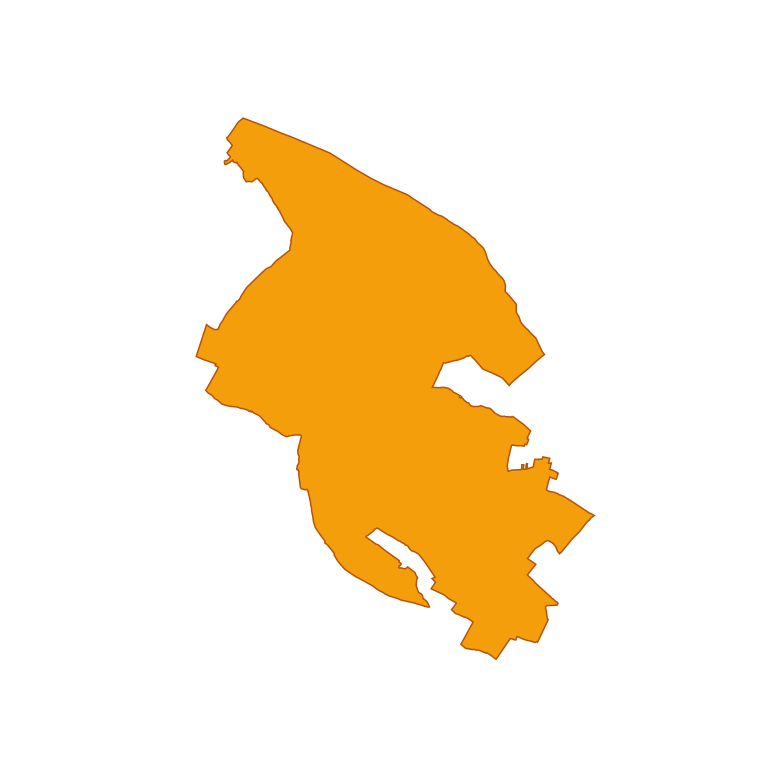 outline of Dolhesti, Iasi, Romania, rotated 329°
{"feature_id": "2599482B27646337618827", "entity_name": "Dolhesti", "entity_type": "district", "adm_level": 2, "iso_a3": "ROU", "parent_name": "Romania", "parent_adm1": "Iasi", "projection": "albers", "projection_center": [27.913, 46.869], "detail": "fine", "context": "isolated", "style": "filled", "palette": "amber", "viewbox_px": 768, "rotation_deg": 329, "n_neighbors": 0, "source": "geoboundaries", "source_scale": "gbopen_adm2", "svg_char_len": 6160}
<svg xmlns="http://www.w3.org/2000/svg" viewBox="0 0 768 768"><g transform="rotate(329 384 384)"><path d="M400.2,83.6L395.2,84.2L393.2,84.8L380.8,90.5L377.8,91.7L376.0,91.9L375.6,93.9L376.6,98.1L376.5,99.5L376.9,101.3L376.2,101.5L375.5,102.2L375.0,102.2L374.8,102.6L374.2,102.4L373.9,102.8L368.6,104.9L368.8,107.6L369.4,109.5L369.1,110.3L367.3,111.1L366.4,111.1L364.6,111.8L364.2,111.8L363.3,110.8L362.1,110.8L361.4,111.5L361.3,112.4L360.9,112.9L360.7,113.9L361.4,114.4L365.3,114.7L369.7,114.1L369.7,114.4L369.2,114.9L369.6,116.6L371.0,118.1L372.0,118.2L371.7,118.6L372.0,119.8L371.9,120.7L372.6,125.0L373.0,129.7L371.7,131.1L369.9,134.7L370.0,139.5L370.1,139.8L371.9,140.4L375.0,142.7L379.5,142.2L381.4,142.4L382.3,147.4L382.7,148.2L382.7,148.8L383.1,149.3L382.8,150.6L383.1,151.7L382.8,152.1L383.1,155.4L382.9,157.3L383.6,159.7L383.3,164.6L383.5,166.0L383.3,166.7L383.7,167.6L383.0,169.0L383.0,170.2L383.2,170.9L382.9,171.7L383.2,172.7L383.1,173.7L383.4,175.7L383.4,177.8L383.7,177.9L383.8,178.4L383.3,178.8L383.4,181.7L383.7,182.0L383.3,183.6L383.0,189.8L382.5,192.2L382.7,192.6L382.5,193.0L382.6,194.5L383.1,197.1L383.0,198.1L383.6,201.4L383.7,204.9L383.5,205.7L383.7,206.5L383.4,207.7L379.6,211.4L379.0,212.1L378.8,212.7L378.1,213.0L377.6,214.4L373.3,219.0L372.6,220.7L354.4,223.0L347.6,225.1L342.8,224.6L337.9,225.4L316.1,230.5L306.9,235.0L304.2,236.7L301.3,237.7L300.9,237.7L300.4,237.1L298.5,238.2L288.9,241.3L283.9,243.4L278.3,246.6L274.3,248.4L270.1,251.6L268.0,250.8L266.6,249.9L264.2,246.0L262.5,241.7L237.2,263.7L242.0,270.3L248.2,277.6L250.2,280.4L249.1,280.6L248.7,281.4L250.8,284.3L247.7,286.4L227.9,297.7L228.7,301.3L230.8,305.2L231.3,309.0L232.6,311.3L234.8,317.7L236.9,320.3L240.8,324.1L246.2,328.0L249.2,331.7L251.1,332.9L252.7,335.2L253.9,336.0L253.9,337.1L254.5,338.1L255.1,338.8L256.0,338.5L256.1,339.7L257.0,339.9L257.6,342.0L260.0,345.5L261.2,348.3L262.1,353.3L262.6,354.9L262.7,357.1L264.2,360.0L264.2,362.8L266.4,366.3L267.2,368.1L268.0,368.7L270.6,374.9L272.7,378.3L274.3,379.5L275.6,379.5L281.3,381.7L284.4,383.7L285.8,384.1L286.4,386.1L275.8,396.6L274.1,400.1L274.0,402.5L271.9,404.9L271.3,406.8L269.1,408.7L267.7,409.3L265.2,412.3L266.2,413.6L265.8,414.2L266.1,415.4L264.8,416.6L259.1,429.6L259.1,431.1L262.1,434.2L263.7,434.6L263.8,436.2L260.1,447.5L259.1,449.4L257.9,453.2L256.6,455.5L254.4,461.7L252.6,465.8L251.2,471.6L251.8,482.3L252.5,487.9L251.4,490.2L252.2,491.4L252.7,493.2L253.6,499.3L254.0,503.5L253.9,504.1L253.2,504.8L253.1,511.4L254.5,520.5L255.3,523.4L260.3,534.2L265.1,542.1L270.2,551.1L272.2,556.1L273.7,559.0L275.5,561.6L277.0,564.8L279.2,568.2L285.2,574.9L287.1,577.7L296.9,587.1L305.9,597.0L307.1,598.1L308.1,598.5L308.7,594.9L308.6,591.8L307.1,588.0L308.1,584.8L307.8,583.0L306.3,580.4L307.7,573.4L311.1,568.8L313.1,567.2L312.9,565.0L313.5,561.6L310.1,553.0L308.0,553.4L306.7,553.2L303.8,550.3L302.4,549.7L302.3,549.1L302.6,548.3L303.1,547.8L303.9,548.0L305.9,547.3L306.2,546.7L305.1,544.1L306.1,543.2L299.0,526.8L296.4,519.3L294.6,516.9L289.6,505.6L290.5,505.2L291.5,505.5L297.8,504.8L299.9,504.4L301.2,503.7L304.0,503.9L309.1,514.1L312.6,519.5L315.8,526.1L316.7,526.6L317.8,529.6L318.9,530.5L319.2,532.7L321.0,535.0L321.0,538.8L321.9,541.4L323.6,543.2L326.1,547.7L327.4,558.4L328.3,575.7L324.9,575.5L326.2,580.4L319.0,583.7L319.1,584.3L325.8,593.9L327.4,596.8L328.7,601.0L333.1,608.8L332.5,609.5L325.7,612.2L325.8,613.3L326.7,615.7L326.7,616.4L327.2,617.8L328.8,619.5L332.4,624.7L334.9,627.5L337.8,633.9L315.8,646.8L317.8,652.6L323.2,657.3L324.6,657.9L325.6,659.2L328.4,661.2L332.8,667.2L333.6,667.1L336.5,673.1L338.3,677.7L361.1,667.2L365.0,671.3L368.2,669.0L371.7,674.1L374.5,677.4L377.5,680.0L380.1,683.2L382.3,683.7L382.7,684.4L403.3,670.6L403.3,668.6L406.5,661.6L407.1,659.2L407.9,658.2L409.3,657.8L418.0,662.5L419.0,662.6L420.1,661.7L420.2,660.7L419.0,658.4L418.4,655.6L417.6,654.3L417.3,652.6L411.1,632.0L410.8,629.3L408.5,621.5L421.3,616.8L417.1,607.5L428.5,603.0L436.1,602.8L440.4,602.1L443.4,602.3L444.5,603.5L446.2,606.4L447.0,608.7L447.4,612.5L446.5,617.0L447.0,618.7L446.9,619.9L447.2,619.9L450.0,619.3L466.0,613.6L475.5,611.3L486.5,607.0L490.3,606.3L491.6,605.4L496.5,605.1L494.9,602.1L493.4,600.0L485.2,582.7L480.1,572.8L477.1,569.0L476.8,568.0L474.5,564.9L469.9,560.7L468.7,558.2L478.2,549.1L481.2,553.1L482.6,554.3L487.4,550.2L484.5,545.1L482.0,542.6L486.8,537.9L484.2,536.6L487.8,533.1L482.7,528.3L480.7,529.9L478.0,528.1L477.7,528.3L474.5,526.2L470.9,530.0L469.5,531.9L463.2,530.5L464.5,528.0L465.9,526.3L465.1,525.7L463.6,527.2L461.9,530.0L459.5,528.9L462.2,525.3L460.5,524.2L457.9,528.2L449.4,523.7L445.5,522.7L447.1,518.5L448.3,516.6L452.6,511.5L461.5,502.5L462.5,502.2L465.8,505.2L469.2,507.2L472.4,509.6L473.8,508.1L474.7,508.9L475.0,509.5L479.2,506.4L479.3,506.1L478.6,505.0L479.6,504.3L479.3,503.7L485.5,499.8L482.6,489.9L477.6,478.2L476.9,477.7L475.6,477.7L473.9,476.1L472.3,475.4L470.9,473.9L468.7,472.7L466.9,471.1L464.2,466.3L462.8,460.7L461.9,459.0L459.6,457.2L456.0,452.6L453.3,451.8L449.2,449.5L447.4,447.6L447.0,446.5L446.8,444.1L445.4,442.3L444.5,439.6L444.1,437.3L443.6,435.7L443.9,434.9L442.4,435.2L442.0,434.2L442.1,433.7L443.2,433.2L440.2,428.1L439.2,426.8L439.2,425.6L437.2,421.1L433.6,417.7L428.7,415.1L423.7,411.8L436.2,403.5L438.1,401.9L439.8,401.1L445.9,396.4L447.5,397.7L454.8,399.7L459.6,401.5L466.4,402.9L469.4,402.6L470.5,403.6L472.9,404.0L474.5,410.6L476.4,422.2L482.7,430.7L488.0,438.7L488.6,440.2L490.6,449.8L493.8,448.6L503.7,446.8L517.1,444.9L524.6,443.2L533.6,441.7L536.7,441.5L536.3,437.6L537.8,422.7L535.8,415.4L535.3,411.9L534.0,407.6L533.0,401.8L534.3,395.8L534.2,392.7L534.4,390.5L538.5,383.8L536.8,372.7L536.3,370.1L535.6,368.4L535.6,367.0L538.9,362.1L540.1,357.0L539.9,354.2L539.2,351.9L538.3,347.2L538.1,344.6L537.1,341.1L536.7,336.8L536.7,334.4L537.1,330.4L538.9,322.9L539.2,318.7L537.9,313.8L537.0,311.2L536.6,306.1L535.0,302.9L533.9,298.9L528.8,287.0L526.5,283.7L523.2,277.1L522.8,275.6L520.7,271.2L519.5,269.3L517.8,267.5L513.9,261.0L512.9,257.4L503.9,239.1L502.6,235.9L500.6,232.5L486.4,213.1L479.0,201.4L470.7,186.4L456.7,158.4L432.6,125.5L424.5,115.2L412.7,99.3L400.2,83.6Z" fill="#f59e0b" stroke="#b45309" stroke-width="1.5"/></g></svg>